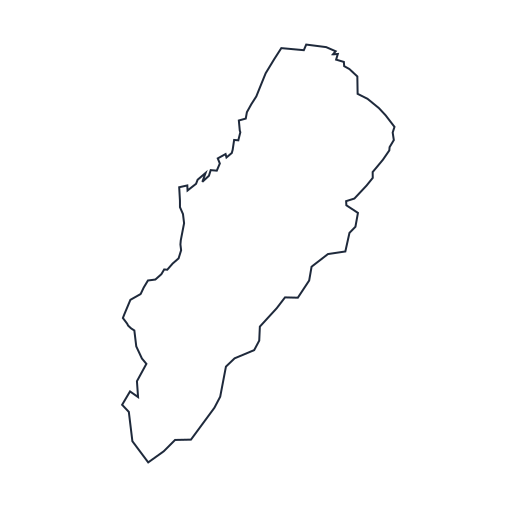 Malësi e Madhe, Shkodër, Albania, rotated 185°
{"feature_id": "67620474B62137861373373", "entity_name": "Malësi e Madhe", "entity_type": "district", "adm_level": 2, "iso_a3": "ALB", "parent_name": "Albania", "parent_adm1": "Shkodër", "projection": "albers", "projection_center": [19.601, 42.395], "detail": "fine", "context": "isolated", "style": "outline", "palette": "slate", "viewbox_px": 512, "rotation_deg": 185, "n_neighbors": 0, "source": "geoboundaries", "source_scale": "gbopen_adm2", "svg_char_len": 1527}
<svg xmlns="http://www.w3.org/2000/svg" viewBox="0 0 512 512"><g transform="rotate(185 256 256)"><path d="M383.2,182.6L378.5,177.4L377.3,175.5L374.1,173.0L370.7,171.2L367.4,155.5L360.7,143.9L355.8,139.0L363.7,120.9L361.2,105.2L369.7,110.1L376.4,96.1L369.1,89.6L363.0,60.7L345.4,41.0L330.9,53.4L320.6,65.7L304.8,67.4L284.2,101.2L279.4,112.7L276.3,143.2L268.4,152.2L249.6,162.1L245.4,172.0L246.0,186.0L230.8,205.8L223.5,217.3L210.7,218.1L200.9,236.2L199.7,250.2L184.5,264.2L167.4,268.3L164.9,287.2L159.5,293.8L158.2,307.8L170.4,314.4L171.0,318.5L163.0,321.8L152.0,335.8L146.5,344.0L147.1,349.8L138.0,362.9L132.4,372.8L132.4,376.1L128.8,383.5L130.6,390.9L129.3,396.7L139.1,407.4L146.4,414.0L158.6,422.3L168.9,426.4L170.7,443.7L179.3,450.4L184.7,452.8L185.4,457.0L193.3,458.6L192.1,464.4L196.7,463.6L196.9,463.6L194.5,466.9L204.3,470.2L224.4,471.0L226.3,465.2L248.9,465.3L255.0,453.7L262.3,438.9L266.6,424.9L269.6,415.0L273.9,406.8L277.6,398.5L278.2,392.0L284.9,389.5L283.1,379.6L282.4,377.9L283.7,369.7L287.9,369.7L288.5,359.8L289.1,356.5L294.0,351.6L295.2,354.9L302.6,349.9L300.1,345.0L302.5,337.6L308.6,337.6L309.9,331.8L315.9,325.2L313.5,334.3L320.8,326.9L322.0,322.7L329.9,315.3L330.6,320.3L338.5,317.8L336.6,304.6L336.0,298.0L332.4,291.4L330.5,282.4L332.3,265.1L332.3,261.2L332.3,260.9L331.1,255.2L332.9,246.9L338.4,241.2L343.2,234.6L346.3,234.6L348.7,229.6L354.2,223.8L357.7,223.0L361.5,222.2L365.1,214.8L367.4,208.6L367.7,208.0L377.3,201.4L382.1,186.4L383.2,182.6Z" fill="none" stroke="#1e293b" stroke-width="2"/></g></svg>